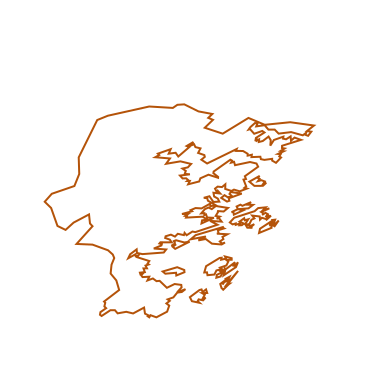 outline of Flatanger nor, Nord-Trøndelag, Norway, rotated 156°
{"feature_id": "86288312B80976394887598", "entity_name": "Flatanger nor", "entity_type": "district", "adm_level": 2, "iso_a3": "NOR", "parent_name": "Norway", "parent_adm1": "Nord-Trøndelag", "projection": "robinson", "projection_center": [10.814, 64.447], "detail": "fine", "context": "isolated", "style": "outline", "palette": "amber", "viewbox_px": 384, "rotation_deg": 156, "n_neighbors": 0, "source": "geoboundaries", "source_scale": "gbopen_adm2", "svg_char_len": 6102}
<svg xmlns="http://www.w3.org/2000/svg" viewBox="0 0 384 384"><g transform="rotate(156 192 192)"><path d="M249.3,296.3L281.4,269.7L287.7,254.3L297.0,245.3L320.8,247.4L330.5,243.0L327.2,234.7L328.7,215.7L322.9,208.8L312.6,212.2L295.2,213.4L298.0,204.7L296.8,201.2L318.6,191.5L304.3,184.4L292.4,172.9L289.8,167.1L289.9,163.3L295.1,158.3L299.5,150.6L297.1,142.0L298.4,132.1L316.9,127.7L316.3,126.1L318.6,123.1L317.7,120.8L324.5,119.5L326.0,117.3L325.0,115.5L314.6,117.2L310.5,115.4L309.3,111.4L300.8,109.3L295.2,105.0L282.8,105.9L284.4,100.0L281.4,96.3L282.8,96.2L282.0,94.9L280.0,96.3L275.5,92.0L263.4,92.8L259.0,97.5L260.7,100.6L256.6,101.6L257.9,103.8L251.9,103.3L246.4,106.1L242.0,104.8L237.5,105.9L246.4,106.4L240.3,109.1L239.6,111.5L245.3,115.0L253.9,114.7L257.7,124.0L260.7,125.0L262.9,128.9L268.7,129.3L265.5,132.0L271.8,134.4L272.3,136.6L270.3,137.4L272.6,137.7L272.4,139.5L267.7,138.0L267.4,141.9L264.2,140.6L264.4,143.7L261.0,143.4L261.8,144.6L259.1,146.3L268.8,154.9L266.8,155.9L269.5,156.5L269.0,158.1L277.2,157.4L273.8,160.3L265.9,162.1L267.1,158.7L262.5,155.4L242.4,148.2L239.0,150.0L249.9,155.9L241.7,155.6L240.8,156.6L242.7,158.2L241.3,158.9L231.1,154.3L231.6,157.5L235.2,160.9L234.1,162.3L228.6,161.6L225.7,158.2L222.0,159.6L216.9,155.9L215.4,157.7L214.5,154.7L207.7,155.7L205.3,154.0L182.0,151.7L187.3,158.3L177.0,152.9L177.9,156.9L180.3,157.7L176.7,158.2L180.1,160.5L175.9,163.4L176.7,164.4L171.0,161.3L165.6,162.8L175.9,169.5L180.9,168.3L183.3,171.1L187.2,171.1L192.3,168.7L189.3,167.6L190.2,165.9L188.3,165.9L188.5,162.5L182.5,159.5L196.1,159.4L194.3,162.0L189.1,160.6L192.5,165.2L207.8,171.0L206.6,171.9L208.0,172.9L204.6,173.5L210.1,176.0L199.8,174.4L200.6,176.0L195.3,175.9L189.9,173.1L180.1,174.0L181.1,171.5L175.8,170.4L181.0,177.6L180.6,180.1L183.6,181.9L177.8,181.0L176.5,174.2L171.0,172.1L171.1,175.5L173.6,178.9L172.7,182.6L166.8,179.1L168.0,182.8L169.4,182.0L169.6,185.7L166.4,186.5L162.6,184.3L158.4,185.5L160.4,181.3L155.5,176.9L152.7,177.1L148.1,173.2L140.4,172.8L142.4,174.5L140.2,175.1L139.9,182.4L137.4,181.9L137.3,184.9L121.3,188.2L121.5,191.8L126.8,195.8L141.8,199.0L141.3,202.4L144.4,202.9L142.6,204.3L143.8,205.9L163.9,201.9L164.8,200.5L162.0,195.2L162.4,194.4L169.9,201.1L178.8,201.1L181.1,198.7L192.4,200.6L189.5,203.0L191.9,204.0L190.6,204.4L191.8,206.9L195.1,208.2L196.3,211.9L186.7,209.0L191.3,211.5L189.1,213.8L191.2,217.3L185.8,216.2L181.4,218.0L190.1,224.7L204.2,228.3L198.5,231.6L211.4,238.7L206.9,239.1L207.6,240.9L194.1,239.8L197.7,236.5L191.0,234.5L190.1,230.0L176.3,234.1L178.2,236.2L170.4,237.1L174.6,234.9L170.7,234.8L170.6,231.6L166.5,228.4L170.5,225.2L165.7,220.7L166.0,218.9L170.3,217.7L166.6,211.9L133.7,213.1L135.2,211.7L128.7,208.7L125.6,204.3L126.4,202.6L122.2,201.7L123.5,199.7L115.2,196.4L115.7,194.0L112.8,191.9L105.3,189.7L106.0,188.1L103.4,184.5L96.6,187.3L97.8,189.0L95.6,190.5L97.9,191.8L91.6,191.9L94.3,193.5L89.7,194.1L91.9,195.6L90.9,197.6L71.2,195.3L76.2,200.0L80.7,198.6L79.3,202.7L84.6,201.9L87.1,203.7L86.0,205.4L96.0,206.2L101.6,202.5L99.0,207.3L99.5,211.5L106.6,209.8L110.6,210.5L109.3,212.8L111.8,212.5L111.3,214.1L113.5,212.6L111.6,215.4L101.6,216.9L103.0,219.2L111.5,219.9L113.4,225.8L114.9,226.0L112.4,227.5L106.4,229.4L104.4,227.8L106.6,225.8L98.5,223.5L96.8,217.9L91.1,215.4L89.1,210.1L77.1,206.4L67.7,198.7L63.6,199.7L65.2,198.2L63.1,196.1L58.5,198.6L62.2,200.9L53.5,203.1L73.9,215.8L98.2,223.8L110.3,236.7L140.2,232.8L154.2,245.5L143.5,249.4L147.0,253.1L141.7,255.0L153.3,263.0L163.4,275.2L169.9,277.6L175.3,276.6L196.3,287.5L237.8,295.9L249.3,296.3ZM156.0,136.9L151.4,134.7L152.8,136.0L148.2,137.3L152.6,137.2L155.6,140.1L152.5,139.4L148.9,142.5L145.7,142.5L146.6,146.0L140.1,142.1L141.1,139.1L138.6,140.0L134.8,136.7L136.0,136.1L129.5,138.2L134.6,138.5L130.9,140.2L135.0,139.1L131.8,141.0L133.4,143.1L137.3,142.5L135.1,143.0L136.9,145.6L128.0,145.6L134.4,146.6L130.9,148.0L138.1,150.4L142.6,149.0L163.9,151.3L169.8,148.8L168.1,145.9L164.8,145.5L165.4,144.2L160.4,143.7L162.2,142.3L160.0,141.4L157.4,142.0L160.6,145.6L155.0,146.8L155.3,144.7L151.7,144.2L156.5,141.1L156.0,136.9ZM186.3,132.0L182.4,132.4L185.6,132.7L186.7,135.5L182.5,136.2L182.4,138.6L176.8,139.0L186.2,143.8L184.4,143.6L184.0,146.5L177.6,145.7L178.6,146.8L177.2,147.3L206.3,151.1L212.4,149.3L197.4,145.7L205.9,145.2L198.6,143.5L194.8,136.7L186.3,132.0ZM211.7,109.7L205.1,107.5L201.6,110.4L196.1,109.6L197.1,111.5L190.5,110.9L187.1,113.7L188.3,116.0L183.3,114.0L182.7,115.4L188.1,119.7L188.0,117.3L192.9,118.3L191.7,119.9L193.6,120.5L209.3,118.5L213.5,113.5L211.0,112.5L211.7,109.7ZM236.5,92.3L230.2,87.7L231.2,90.0L229.6,91.2L225.9,88.5L222.5,90.0L225.9,90.1L222.1,93.0L223.9,95.5L219.2,93.6L218.8,97.3L223.0,96.3L222.9,99.1L225.1,99.4L236.7,96.8L236.5,92.3ZM240.3,122.1L231.5,121.8L230.8,123.9L236.1,129.3L251.1,131.3L249.6,128.2L239.4,124.7L240.3,122.1ZM163.0,154.3L152.6,154.4L156.9,157.6L147.1,154.1L141.5,155.4L146.6,157.9L142.1,158.7L151.6,158.9L152.9,160.7L157.1,160.6L157.0,157.7L164.1,157.5L162.3,156.8L163.0,154.3ZM124.7,168.8L120.4,170.2L123.5,170.6L121.2,172.0L123.9,174.6L127.4,175.1L124.9,176.5L126.3,178.3L123.6,179.2L135.4,178.1L132.5,172.2L124.7,168.8ZM196.9,103.0L182.4,105.5L178.6,109.1L182.8,107.0L184.1,107.9L181.3,110.3L192.6,107.7L193.1,109.1L194.0,106.8L195.1,107.9L198.4,108.2L197.4,106.5L203.0,106.2L204.6,103.8L200.3,103.2L195.1,107.1L194.0,106.2L196.9,103.0ZM147.4,127.3L133.1,126.9L134.1,127.4L132.1,129.3L130.5,127.1L124.4,130.7L127.9,129.3L135.1,130.0L129.2,131.0L127.3,132.9L130.2,133.8L130.7,131.5L132.3,131.2L134.5,131.1L131.2,133.0L144.8,130.8L147.4,127.3ZM230.5,146.9L214.3,147.6L219.5,149.0L226.2,154.4L229.5,154.6L227.9,153.9L228.7,151.7L232.8,151.3L227.8,150.7L231.9,149.8L230.5,146.9ZM204.1,89.7L196.9,92.4L198.9,92.8L196.3,94.2L196.5,92.6L194.7,93.0L196.3,93.7L182.0,101.2L193.2,95.9L198.3,96.5L193.9,97.7L192.1,99.3L196.8,99.0L196.9,97.0L198.1,97.2L201.7,95.0L199.6,97.4L203.6,96.5L204.1,92.0L202.8,90.5L204.1,89.7ZM163.9,169.0L161.4,168.8L161.0,171.3L147.2,170.3L156.6,176.2L158.5,175.0L156.9,171.5L161.6,172.8L163.6,175.9L167.7,174.7L163.9,169.0Z" fill="none" stroke="#b45309" stroke-width="2"/></g></svg>